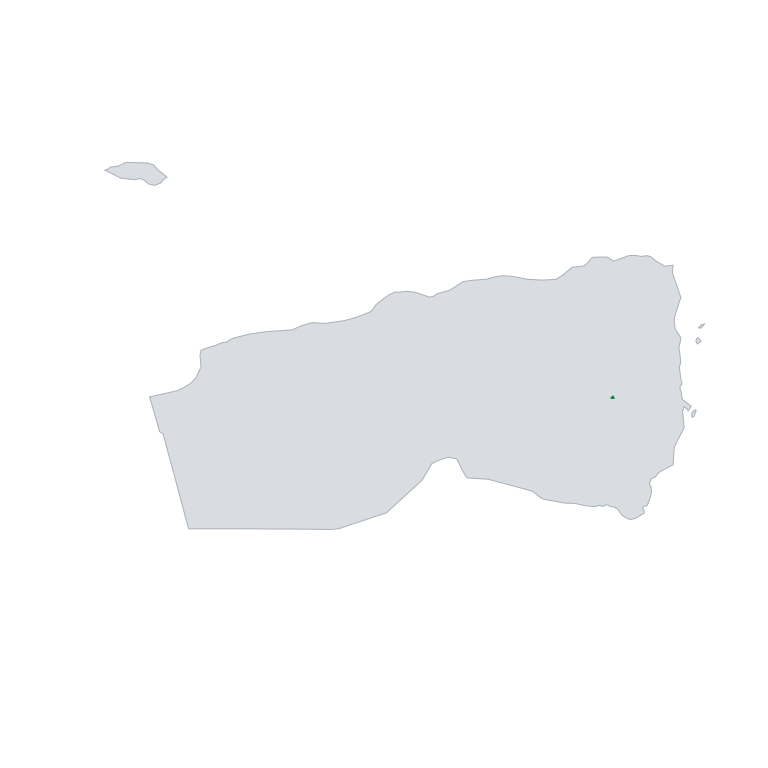 Al Wehdah, Amanat Al Asimah, Yemen shown in context, rotated 190°
{"feature_id": "15242507B40413338286185", "entity_name": "Al Wehdah", "entity_type": "district", "adm_level": 2, "iso_a3": "YEM", "parent_name": "Yemen", "parent_adm1": "Amanat Al Asimah", "projection": "albers", "projection_center": [44.192, 15.335], "detail": "fine", "context": "in_parent", "style": "filled", "palette": "green", "viewbox_px": 768, "rotation_deg": 190, "n_neighbors": 0, "source": "geoboundaries", "source_scale": "gbopen_adm2", "svg_char_len": 3335}
<svg xmlns="http://www.w3.org/2000/svg" viewBox="0 0 768 768"><g transform="rotate(190 384 384)"><path d="M612.6,330.6L587.1,341.2L580.5,345.7L574.5,351.1L570.1,357.8L567.2,369.4L570.1,379.8L570.1,385.4L563.5,389.4L557.3,392.3L550.5,396.7L546.3,397.8L543.0,401.2L539.1,403.6L524.7,410.0L509.0,415.1L484.0,421.3L474.4,427.6L465.7,431.9L452.2,433.5L433.9,439.6L423.7,444.4L411.1,452.0L408.3,454.4L406.2,459.9L402.4,464.7L394.8,472.5L389.1,476.6L385.2,476.9L377.8,479.2L368.9,479.8L353.9,477.4L350.1,479.3L347.0,482.4L335.5,487.8L324.0,498.5L315.4,501.4L301.6,504.9L291.9,509.4L285.4,511.3L277.0,512.3L261.5,512.0L246.7,513.7L233.1,516.8L226.7,522.4L219.4,531.4L207.5,535.1L204.7,538.3L201.0,544.9L193.2,546.6L186.2,547.7L179.0,544.9L165.5,552.8L160.3,554.1L152.6,554.4L147.0,556.1L143.1,555.6L138.1,552.5L127.6,548.7L120.0,551.2L119.3,543.7L106.7,520.7L109.5,500.8L109.5,498.0L107.0,489.1L99.5,480.9L99.8,470.6L97.3,463.2L95.3,455.7L96.0,453.6L96.1,451.8L92.4,440.1L91.1,437.7L90.6,435.3L91.9,433.4L91.9,431.3L89.9,427.7L87.8,420.8L77.6,415.4L79.7,410.4L81.7,412.2L84.3,413.7L84.9,410.5L85.0,408.1L80.8,392.9L87.2,372.7L85.3,354.6L94.9,347.3L97.4,345.1L98.8,343.1L101.0,339.0L104.1,337.7L105.2,333.3L105.2,331.1L103.2,329.3L101.7,324.2L102.2,317.7L102.7,315.0L103.8,310.1L107.1,308.3L107.9,306.8L105.4,303.7L105.6,301.9L111.3,296.7L113.6,295.1L117.2,293.5L120.1,293.6L123.4,294.5L126.4,295.9L129.3,298.6L132.3,301.6L137.0,302.8L140.1,302.5L142.7,303.8L144.9,303.1L147.4,301.5L151.3,301.7L154.9,299.9L165.1,299.0L174.9,299.6L185.1,298.1L195.3,298.2L205.6,298.2L207.9,298.4L210.1,299.3L218.8,303.9L225.4,304.8L238.7,306.0L252.8,307.2L265.1,308.3L275.4,307.1L284.0,306.1L286.4,306.2L289.0,309.1L294.3,316.1L299.3,322.8L307.9,323.0L313.3,320.4L319.3,316.8L323.0,314.0L327.1,303.0L329.8,295.9L336.0,287.8L341.2,281.1L348.0,272.2L351.8,267.2L359.3,257.5L366.6,253.6L380.5,246.1L394.2,238.7L403.1,233.9L410.7,231.6L423.4,229.5L438.5,227.0L453.5,224.5L469.4,221.7L487.3,218.7L499.5,216.6L515.0,213.9L528.0,211.6L539.5,209.6L551.3,207.4L553.7,212.7L556.2,217.9L558.6,223.2L561.1,228.4L563.5,233.7L565.9,238.9L568.4,244.2L570.8,249.4L573.3,254.7L575.7,259.9L578.2,265.2L580.7,270.4L583.1,275.7L585.6,280.9L588.1,286.2L590.5,291.4L592.9,296.5L596.7,298.1L599.0,303.0L602.4,309.9L605.8,316.8L609.2,323.7L612.6,330.6ZM656.7,543.5L660.0,544.0L664.8,541.9L678.8,541.0L696.0,546.2L692.9,547.9L691.1,550.1L683.7,552.4L676.5,557.4L655.2,560.6L648.8,559.6L643.5,555.4L633.6,550.0L637.3,546.2L638.0,544.5L639.3,542.8L644.6,539.8L650.1,540.0L656.7,543.5ZM83.8,482.9L83.1,484.1L82.2,483.8L79.0,481.0L82.5,477.8L84.4,480.8L83.8,482.9ZM74.1,411.6L72.5,412.8L72.0,410.7L73.1,406.1L74.8,404.7L75.9,408.2L75.2,410.1L74.1,411.6ZM82.1,497.2L78.6,498.8L81.0,494.6L83.4,493.8L84.1,493.9L82.1,497.2Z" fill="#d9dde1" stroke="#a8b0b8" stroke-width="1"/><path d="M157.5,409.5L157.4,409.6L157.2,409.6L156.9,409.7L156.8,409.8L156.7,409.8L156.4,409.8L156.2,409.8L155.9,409.9L155.7,409.9L155.4,409.9L155.2,409.9L155.1,410.0L155.3,410.1L155.5,410.2L155.7,410.4L155.8,410.5L156.0,410.6L156.0,410.8L156.1,410.7L156.3,410.5L156.5,410.6L156.7,410.8L156.8,410.8L157.0,410.9L157.0,411.0L157.1,410.9L157.1,410.7L157.1,410.4L157.3,410.3L157.5,410.3L157.6,410.2L157.8,410.0L157.8,409.9L157.8,409.7L157.7,409.6L157.5,409.5Z" fill="#22c55e" stroke="#15803d" stroke-width="1.5"/></g></svg>